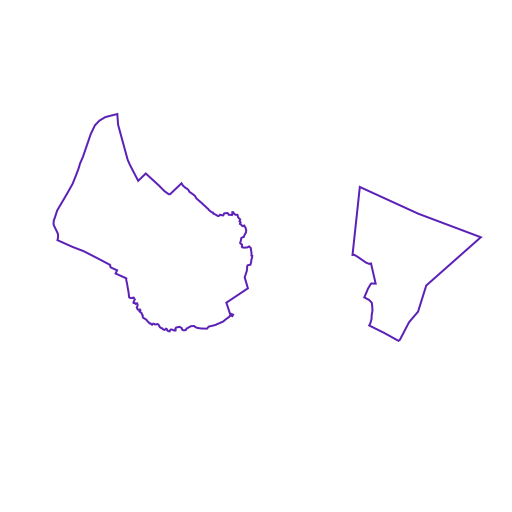 Gombe, Gombe, Nigeria (orthographic projection), rotated 22°
{"feature_id": "59680162B83386112613514", "entity_name": "Gombe", "entity_type": "district", "adm_level": 2, "iso_a3": "NGA", "parent_name": "Nigeria", "parent_adm1": "Gombe", "projection": "orthographic", "projection_center": [11.179, 10.302], "detail": "fine", "context": "isolated", "style": "outline", "palette": "violet", "viewbox_px": 512, "rotation_deg": 22, "n_neighbors": 0, "source": "geoboundaries", "source_scale": "gbopen_adm2", "svg_char_len": 3502}
<svg xmlns="http://www.w3.org/2000/svg" viewBox="0 0 512 512"><g transform="rotate(22 256 256)"><path d="M260.6,289.0L253.5,280.0L253.1,273.5L252.8,272.5L252.5,271.2L251.6,268.6L251.8,267.7L254.1,266.1L253.8,263.6L253.1,261.1L252.9,258.7L252.5,257.3L251.6,257.3L251.6,256.8L250.4,254.4L248.2,250.6L247.2,250.2L246.0,249.7L244.7,251.3L242.8,252.3L240.5,253.1L239.9,253.1L239.4,252.8L239.2,251.6L238.7,250.6L237.3,250.4L236.4,249.9L236.2,247.3L235.9,246.1L235.7,244.7L236.5,243.7L237.5,243.0L237.5,240.9L237.6,239.4L237.9,237.9L237.3,235.8L235.7,233.7L233.6,232.2L232.9,233.2L232.1,233.3L230.6,232.6L229.0,232.2L229.1,230.5L227.7,230.0L227.7,228.1L225.6,227.2L224.8,226.6L223.4,224.8L221.4,225.5L220.2,225.1L218.2,223.9L217.6,224.3L218.5,226.3L218.4,227.1L216.7,227.4L215.4,228.0L214.5,227.4L213.5,226.8L211.9,227.7L210.7,228.2L210.4,229.1L210.5,230.4L210.2,230.8L208.4,231.1L207.2,231.2L206.7,232.6L205.9,233.2L202.6,232.7L200.6,232.7L200.1,231.9L198.6,232.0L197.0,231.6L195.7,231.2L194.8,230.8L194.2,230.4L193.6,230.1L192.8,230.0L192.3,229.7L190.0,228.8L188.6,228.3L187.5,227.9L186.5,227.5L185.7,227.1L183.9,226.7L183.5,226.4L182.2,226.0L179.4,225.0L178.7,224.6L178.0,224.0L177.1,223.3L175.8,222.8L175.1,222.6L173.2,222.1L170.9,221.6L170.0,221.3L169.0,220.4L168.0,219.8L166.7,219.4L165.4,219.3L163.6,218.7L162.0,218.2L159.7,216.5L153.2,230.9L151.9,231.4L146.7,230.1L139.3,226.9L122.9,220.8L118.6,230.4L110.0,223.1L104.6,218.4L101.0,214.9L79.0,186.0L74.2,176.3L64.2,183.7L60.1,189.2L57.7,195.1L57.1,204.9L58.4,229.2L58.3,232.5L58.2,236.2L58.7,240.9L58.9,249.3L58.9,258.0L57.4,269.5L54.6,288.3L55.1,295.2L55.2,298.9L56.3,302.2L57.4,303.6L62.1,307.8L64.3,310.0L65.5,312.9L66.0,315.7L82.8,316.3L94.5,316.1L109.0,317.4L123.8,318.9L124.3,319.2L125.0,320.6L125.7,321.0L132.5,321.3L132.4,324.9L133.5,324.9L144.1,325.3L144.5,326.6L147.1,330.4L148.6,332.9L151.6,337.7L153.7,341.6L154.4,342.0L156.0,341.8L156.9,341.4L157.6,340.6L158.1,340.4L158.6,340.8L159.1,341.1L159.9,341.7L159.7,344.7L160.1,345.4L161.2,345.0L162.3,345.5L163.0,344.6L163.5,344.4L164.4,345.4L164.9,347.0L164.6,348.2L166.3,349.9L167.1,349.8L168.4,349.1L169.2,349.7L168.7,350.9L169.6,351.3L171.5,351.9L172.3,353.0L173.3,353.5L173.6,354.7L174.4,355.5L175.8,355.7L177.3,356.0L178.2,356.1L179.5,357.0L181.2,357.6L182.5,358.4L183.5,358.0L184.7,358.6L185.4,358.7L186.1,357.2L186.9,357.1L188.0,357.3L190.3,356.0L191.3,356.2L192.2,356.9L193.6,358.0L194.3,358.2L195.3,358.3L196.1,358.2L196.8,358.7L198.6,358.9L199.4,358.1L199.8,357.1L200.5,357.1L201.2,357.8L201.9,358.4L203.1,358.5L204.1,358.2L204.1,356.9L204.4,356.3L205.1,355.8L205.9,355.7L208.1,355.7L209.3,355.3L209.2,354.6L208.4,353.5L208.7,352.4L209.9,351.4L211.8,350.3L213.9,350.6L215.5,352.1L217.1,351.9L218.6,351.0L218.8,349.4L221.9,345.5L224.8,344.1L226.7,344.7L228.8,344.6L232.5,343.7L237.8,341.7L238.6,339.2L240.4,337.9L242.4,336.5L244.5,334.9L245.4,333.8L247.7,331.6L249.0,330.1L249.7,329.6L250.3,328.7L251.6,326.2L252.9,324.1L253.6,323.1L254.1,322.0L254.2,320.8L256.6,320.6L256.7,319.0L253.3,319.0L252.9,318.5L246.0,310.4L260.6,289.0ZM326.4,153.1L345.1,218.9L346.7,218.1L350.7,218.7L360.3,220.9L364.0,220.9L365.4,219.8L377.3,236.8L373.2,238.3L372.9,238.8L372.0,244.9L372.1,246.2L371.9,253.8L372.8,253.8L374.5,254.1L377.1,254.3L379.4,255.3L380.9,256.0L382.6,259.1L384.4,262.9L385.5,267.8L386.7,271.0L387.2,275.2L387.0,278.0L403.6,279.3L419.9,281.3L420.8,279.7L422.7,260.1L427.1,246.9L424.9,219.6L457.4,154.4L390.6,156.0L326.4,153.1Z" fill="none" stroke="#5b21b6" stroke-width="2"/></g></svg>